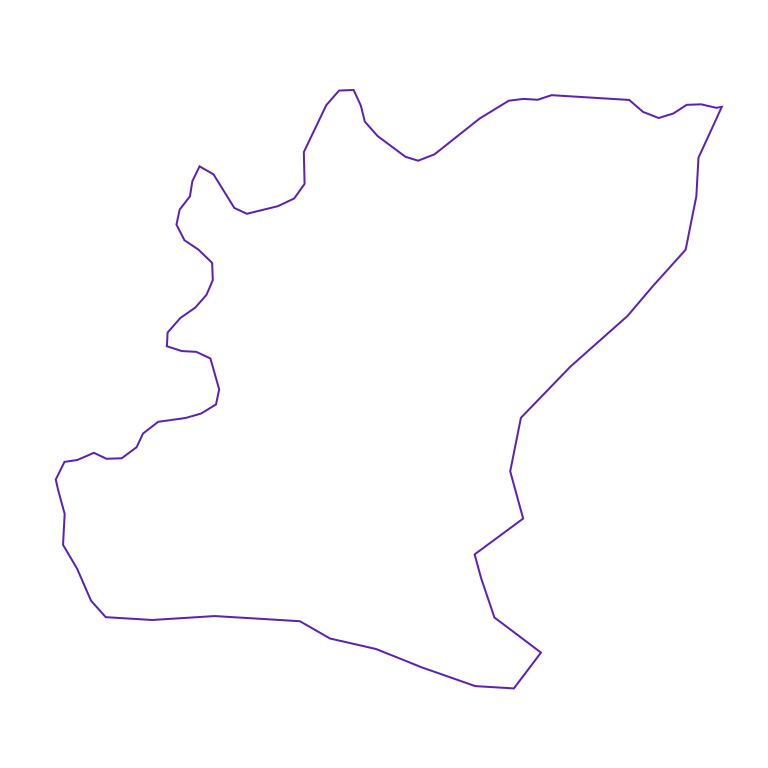 Unpha, Hwanghae-bukto, North Korea (Robinson projection), rotated 93°
{"feature_id": "82179303B22390657322605", "entity_name": "Unpha", "entity_type": "district", "adm_level": 2, "iso_a3": "PRK", "parent_name": "North Korea", "parent_adm1": "Hwanghae-bukto", "projection": "robinson", "projection_center": [125.8, 38.378], "detail": "fine", "context": "isolated", "style": "outline", "palette": "violet", "viewbox_px": 768, "rotation_deg": 93, "n_neighbors": 0, "source": "geoboundaries", "source_scale": "gbopen_adm2", "svg_char_len": 1236}
<svg xmlns="http://www.w3.org/2000/svg" viewBox="0 0 768 768"><g transform="rotate(93 384 384)"><path d="M296.1,562.9L304.3,566.0L317.5,576.4L328.7,590.8L343.9,602.8L357.7,602.8L361.7,587.6L361.7,573.2L367.6,558.7L398.0,548.3L413.2,550.7L423.1,565.2L428.3,580.4L433.6,607.6L446.1,622.1L460.0,627.7L471.9,642.1L473.2,657.3L467.9,670.1L475.9,686.2L478.5,699.0L496.6,706.8L507.2,703.8L530.4,696.1L561.4,696.1L584.7,680.7L615.8,665.2L631.4,649.7L631.8,603.1L624.6,541.0L624.9,502.2L625.3,455.6L641.0,424.6L649.1,378.0L665.0,331.5L680.9,277.2L681.2,238.4L658.2,222.8L644.0,213.2L611.4,261.5L572.7,276.9L549.4,284.6L511.1,238.0L464.6,253.4L410.6,245.5L356.9,198.8L303.2,144.3L272.5,120.9L234.1,89.8L180.1,81.9L141.5,81.8L112.9,70.4L89.6,61.2L90.8,66.7L88.1,81.9L89.4,96.4L98.7,109.2L104.0,123.6L98.7,139.6L87.5,154.0L86.8,231.8L92.1,245.4L92.0,259.8L94.6,274.3L113.8,302.3L152.0,345.6L159.2,361.6L156.0,374.4L136.8,403.3L123.0,416.9L107.2,421.7L92.0,429.7L93.3,444.2L108.5,456.2L156.6,476.2L188.3,473.8L203.4,483.4L212.0,499.4L221.2,529.9L216.0,542.7L183.6,565.2L176.3,579.6L191.5,586.0L206.7,587.6L220.5,597.2L235.7,599.6L250.9,590.8L259.5,576.4L272.0,562.0L289.1,560.4L296.1,562.9Z" fill="none" stroke="#5b21b6" stroke-width="2"/></g></svg>